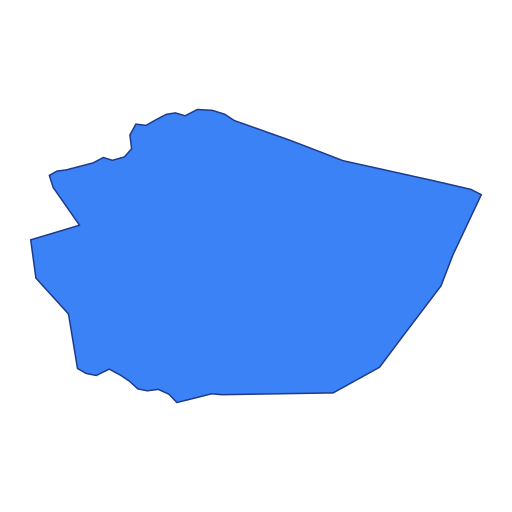 outline of Pindoba, Alagoas, Brazil
{"feature_id": "56859067B20110323739733", "entity_name": "Pindoba", "entity_type": "district", "adm_level": 2, "iso_a3": "BRA", "parent_name": "Brazil", "parent_adm1": "Alagoas", "projection": "albers", "projection_center": [-36.301, -9.475], "detail": "fine", "context": "isolated", "style": "filled", "palette": "blue", "viewbox_px": 512, "rotation_deg": 0, "n_neighbors": 0, "source": "geoboundaries", "source_scale": "gbopen_adm2", "svg_char_len": 719}
<svg xmlns="http://www.w3.org/2000/svg" viewBox="0 0 512 512"><path d="M481.3,194.7L470.9,189.4L433.4,180.7L343.1,160.7L290.6,140.5L234.2,120.5L224.7,114.2L212.2,110.3L197.3,109.5L185.1,115.8L175.4,112.9L166.4,114.3L155.3,120.1L146.0,125.4L135.9,124.1L129.9,135.0L131.6,148.8L124.4,156.9L112.4,160.3L103.3,157.5L93.3,162.8L80.4,166.2L66.1,169.9L57.0,171.1L49.3,175.4L53.2,187.5L79.5,225.2L30.7,239.8L35.9,278.1L68.5,314.0L77.5,368.5L86.0,373.4L96.3,375.5L109.1,369.1L120.7,375.3L129.6,381.3L137.8,388.9L147.3,390.8L158.3,389.4L168.9,394.2L176.9,402.5L211.7,393.8L221.9,394.7L333.1,392.9L379.6,367.2L399.5,340.6L433.0,296.4L441.0,285.9L453.0,254.7L481.3,194.7Z" fill="#3b82f6" stroke="#1e3a8a" stroke-width="1.5"/></svg>